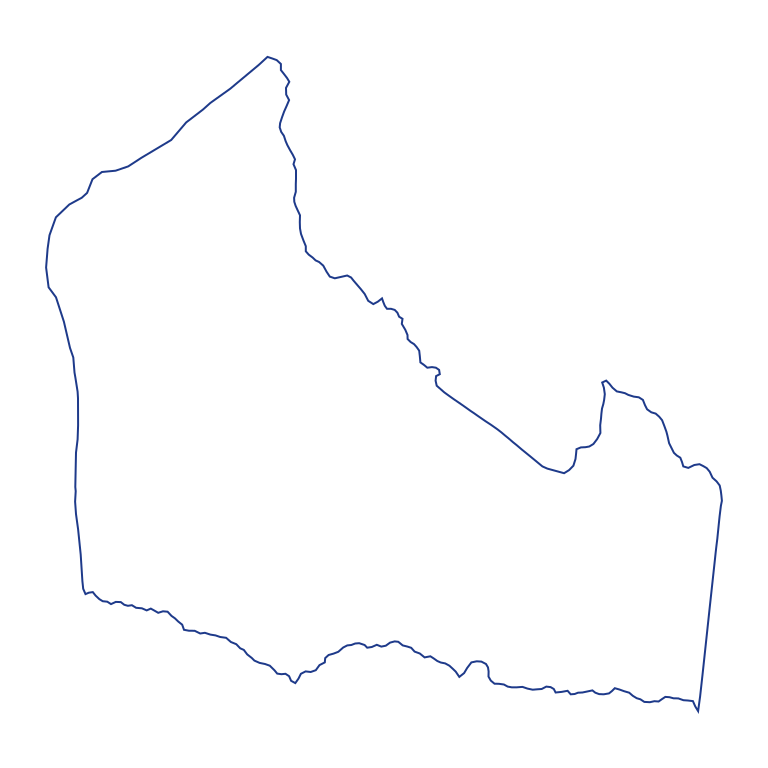 Santa Fé do Araguaia, Tocantins, Brazil (Robinson projection)
{"feature_id": "56859067B90506304051015", "entity_name": "Santa Fé do Araguaia", "entity_type": "district", "adm_level": 2, "iso_a3": "BRA", "parent_name": "Brazil", "parent_adm1": "Tocantins", "projection": "robinson", "projection_center": [-48.926, -7.045], "detail": "fine", "context": "isolated", "style": "outline", "palette": "blue", "viewbox_px": 768, "rotation_deg": 0, "n_neighbors": 0, "source": "geoboundaries", "source_scale": "gbopen_adm2", "svg_char_len": 4482}
<svg xmlns="http://www.w3.org/2000/svg" viewBox="0 0 768 768"><path d="M85.5,594.1L88.8,592.7L92.8,592.1L95.6,595.6L99.3,599.1L102.7,601.2L107.3,601.7L111.0,604.1L115.8,601.9L120.8,602.1L124.3,604.8L127.9,605.8L131.9,605.2L136.1,607.8L141.9,608.3L146.7,610.4L150.8,608.6L154.4,610.6L158.2,612.8L163.0,611.3L167.6,611.7L171.5,615.9L174.9,618.3L178.2,621.5L182.2,624.7L184.0,629.8L188.8,630.7L194.7,630.8L200.2,633.5L204.9,632.8L210.4,634.6L215.5,635.4L220.2,637.0L226.1,637.8L230.9,642.0L236.3,644.2L240.2,648.3L243.8,649.9L247.2,654.4L251.7,657.9L254.4,660.6L259.6,662.9L265.0,664.0L269.8,665.7L274.5,670.3L277.2,673.6L281.4,674.2L285.5,673.8L289.1,676.2L291.1,680.8L295.3,683.1L298.5,678.6L300.9,673.8L305.6,671.4L310.7,672.0L315.8,670.2L319.5,665.1L324.8,662.4L325.2,658.1L328.6,655.0L333.6,653.6L338.3,651.8L343.2,647.5L347.3,645.4L351.3,645.0L355.2,643.5L359.2,643.2L364.6,645.0L367.2,647.7L371.8,647.0L376.8,644.8L381.3,646.6L385.8,645.7L390.1,642.6L394.7,641.4L398.3,641.8L402.7,645.4L407.5,646.6L411.2,647.8L414.6,651.6L419.8,653.5L424.6,657.4L430.4,656.3L433.8,658.5L437.3,661.0L440.7,662.5L445.2,663.4L449.4,665.7L452.8,668.8L455.7,671.6L459.3,676.9L464.1,673.1L467.2,667.9L471.4,662.4L476.7,661.3L481.4,661.6L486.0,664.0L488.0,667.4L488.6,671.4L488.5,676.6L490.8,680.6L494.5,683.7L498.9,683.8L503.9,684.5L507.7,686.6L511.6,687.3L517.0,687.3L522.5,686.9L527.5,688.6L532.7,689.7L537.3,689.3L541.7,689.0L546.3,686.6L550.6,687.1L553.8,689.0L555.6,692.5L561.6,691.9L567.6,690.8L570.7,694.3L574.7,694.0L578.0,692.7L582.4,692.5L587.2,691.5L592.4,690.4L595.3,692.7L599.1,694.1L603.7,694.3L609.0,693.4L612.0,691.0L614.8,688.2L619.4,689.5L624.1,691.2L629.2,692.7L632.8,695.8L636.7,698.2L640.4,699.3L644.3,701.9L649.9,702.2L654.4,701.2L658.6,701.5L661.7,699.3L665.3,696.9L669.5,697.2L673.5,698.3L678.3,698.4L683.4,700.2L687.8,700.5L692.9,701.1L695.3,706.5L698.1,711.1L700.1,696.5L702.4,675.8L703.5,665.6L709.8,606.7L714.8,560.7L715.6,553.1L716.4,546.1L717.3,538.9L718.3,529.0L719.1,521.1L719.6,516.3L720.9,505.8L721.9,500.8L721.4,495.6L720.8,490.8L719.7,485.5L716.6,481.4L712.5,477.7L709.7,471.7L706.7,468.1L703.3,466.1L699.5,464.2L694.3,465.0L688.3,467.9L683.3,466.4L682.0,462.0L680.3,457.7L676.8,455.5L673.9,452.8L669.1,443.2L667.4,435.5L666.4,431.7L664.3,425.9L662.1,420.2L659.2,416.7L655.7,413.6L651.3,412.3L647.1,409.3L645.0,405.2L642.9,399.9L638.8,397.3L633.7,396.6L628.3,394.9L625.0,393.2L621.3,392.3L616.8,391.4L612.5,387.7L609.4,383.8L606.2,380.6L602.2,382.5L603.9,387.7L604.8,394.2L604.1,400.1L603.3,404.1L602.0,408.6L601.4,413.7L601.0,418.6L600.2,425.2L600.4,433.0L597.2,439.0L593.4,444.0L589.3,446.5L585.4,447.2L580.9,447.4L576.5,449.2L576.1,453.5L575.5,459.0L573.4,465.7L569.1,470.1L564.1,473.2L547.3,468.6L542.4,466.4L530.4,456.5L521.9,449.6L516.5,445.0L513.0,442.2L508.5,438.3L505.3,435.7L501.4,432.4L497.4,429.3L491.0,424.8L485.5,421.2L477.4,415.6L474.0,413.2L470.7,411.0L466.5,408.0L462.1,404.9L453.8,399.2L448.6,395.5L444.2,392.3L436.7,385.7L435.6,380.7L436.1,376.1L439.8,374.2L439.1,369.9L435.9,367.7L432.0,367.1L427.3,367.7L424.2,365.1L420.4,362.4L419.8,355.9L419.2,350.7L416.6,347.0L414.0,344.1L410.6,342.0L407.6,339.0L407.5,335.0L405.3,329.8L401.8,323.9L402.5,318.8L399.1,316.7L397.4,312.7L394.7,309.9L391.0,308.8L387.0,308.8L384.8,305.8L383.3,302.1L382.0,298.4L377.8,301.7L373.3,304.1L368.2,300.8L364.7,294.0L360.9,289.2L357.2,284.9L353.6,280.7L351.1,277.5L347.2,275.5L340.6,277.0L334.8,278.3L329.8,276.6L326.5,271.6L323.3,265.7L319.1,262.0L315.6,260.4L312.7,257.6L308.7,254.6L305.8,251.3L305.8,246.2L303.5,240.6L301.0,233.9L300.0,228.4L299.8,222.1L300.0,215.3L297.8,210.6L295.6,205.8L294.3,201.8L294.1,197.8L295.8,191.8L295.8,184.2L296.0,178.8L296.0,170.1L293.5,164.2L295.0,159.3L292.8,154.8L290.1,150.2L287.4,145.2L285.7,141.3L283.9,135.8L281.2,131.9L279.7,127.4L280.1,123.2L282.0,117.4L284.1,111.6L286.6,106.0L289.1,100.1L286.2,94.6L286.0,87.9L289.3,81.8L287.1,78.1L283.9,73.9L280.9,70.1L280.9,64.0L276.7,60.1L272.3,58.5L267.5,56.9L258.9,64.8L236.7,83.3L230.4,88.6L210.4,102.9L202.9,109.6L186.2,122.4L171.2,140.0L141.4,157.8L128.2,166.4L115.6,170.7L101.9,172.0L92.5,179.2L87.1,192.9L81.7,197.8L77.0,200.3L69.3,204.5L55.9,217.3L49.5,235.2L47.6,248.7L46.1,267.5L48.6,287.3L56.0,297.3L63.9,321.7L70.0,347.9L73.3,357.5L74.5,372.5L75.4,377.7L77.6,391.7L78.0,398.2L78.1,425.2L77.6,439.4L76.0,452.6L75.7,467.1L75.3,487.0L75.7,491.2L75.1,501.6L76.0,514.1L78.1,529.3L80.7,554.6L82.4,581.2L83.2,588.8L85.5,594.1Z" fill="none" stroke="#1e3a8a" stroke-width="2"/></svg>